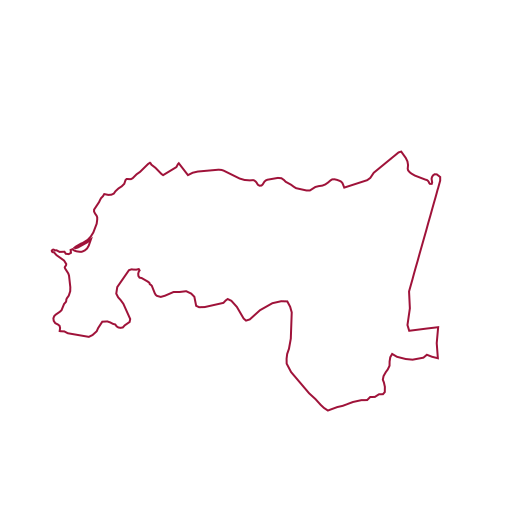 an SVG outline of Oriental, rotated 283°
{"feature_id": "MAR-1454", "entity_name": "Oriental", "entity_type": "Region", "adm_level": 1, "iso_a3": "MAR", "parent_name": "Morocco", "parent_adm1": "", "projection": "robinson", "projection_center": [-2.611, 33.589], "detail": "fine", "context": "isolated", "style": "outline", "palette": "rose", "viewbox_px": 512, "rotation_deg": 283, "n_neighbors": 0, "source": "natural_earth", "source_scale": "10m", "svg_char_len": 3861}
<svg xmlns="http://www.w3.org/2000/svg" viewBox="0 0 512 512"><g transform="rotate(283 256 256)"><path d="M217.1,68.4L215.4,70.1L215.7,73.1L217.5,75.0L220.2,74.0L221.5,75.9L220.7,76.8L220.3,78.5L220.2,80.3L220.5,83.7L220.9,85.2L221.7,86.4L223.0,88.0L225.3,89.7L228.5,90.7L235.0,91.4L231.1,88.2L224.2,80.5L222.9,78.2L223.3,77.3L224.6,78.3L228.9,82.9L229.6,84.1L233.9,88.4L237.7,90.6L242.3,92.2L251.6,93.5L255.7,93.1L257.9,92.6L259.3,91.7L261.2,89.6L262.9,88.2L264.8,87.8L273.3,91.0L275.3,91.4L277.5,92.0L279.8,93.4L282.2,94.2L282.3,98.4L283.2,101.3L284.8,103.4L287.5,104.5L290.9,106.8L293.7,109.5L296.7,111.4L300.7,111.8L301.9,112.6L302.2,113.9L302.4,115.4L302.8,116.9L304.0,118.3L308.8,121.3L311.9,124.1L321.3,130.1L323.0,131.7L322.6,132.5L321.5,133.4L319.3,138.2L314.6,145.5L313.9,147.3L324.7,158.4L328.0,159.3L329.0,159.9L319.5,171.5L322.9,175.6L325.2,180.3L331.7,200.2L331.9,201.7L332.1,203.1L331.9,205.3L327.8,222.6L327.5,227.7L328.3,233.0L329.3,236.2L329.2,237.3L328.5,238.9L327.6,240.1L326.6,241.0L325.7,242.1L325.3,243.7L325.9,245.5L327.2,246.4L330.4,247.5L332.0,248.7L332.9,250.0L337.0,259.7L337.5,263.3L336.3,266.2L335.0,268.2L333.3,274.2L332.1,276.9L331.1,279.7L331.2,290.3L332.0,293.8L336.6,298.3L338.2,301.4L339.5,304.8L341.3,307.4L343.7,309.6L346.3,311.5L347.8,313.0L348.4,315.2L348.4,317.8L348.1,320.1L347.9,321.2L347.6,322.2L347.0,323.1L346.4,323.9L342.5,326.6L354.9,347.3L357.8,349.8L363.6,352.0L389.0,371.6L390.4,374.0L385.2,379.9L382.2,382.3L378.8,383.7L375.1,384.2L373.6,385.0L372.2,386.9L371.3,388.8L370.1,392.7L368.7,402.6L368.5,403.9L368.5,404.8L368.4,405.7L367.8,406.8L367.3,407.4L365.8,408.6L365.4,409.3L365.8,411.0L367.3,411.1L370.7,409.7L372.4,409.7L374.3,410.3L375.8,411.6L376.2,413.8L374.4,417.7L370.9,418.5L364.0,418.2L363.3,418.2L361.1,418.0L357.7,417.9L353.1,417.7L347.6,417.4L341.3,417.1L334.3,416.8L326.9,416.4L319.1,416.1L311.2,415.7L303.2,415.3L295.3,414.9L287.8,414.6L280.7,414.2L274.2,413.9L268.4,413.7L255.9,413.1L239.6,417.7L222.8,419.1L217.6,422.1L223.8,438.9L227.6,449.5L211.7,451.7L197.3,456.2L197.4,450.2L198.2,444.7L194.6,442.0L190.2,431.9L189.3,425.0L189.5,416.0L191.2,410.7L187.6,409.6L183.3,409.9L179.1,410.8L175.1,409.9L172.1,408.6L167.7,407.3L164.0,407.4L161.5,409.1L157.5,411.0L152.4,412.1L149.9,410.8L148.9,406.9L145.4,403.5L144.3,399.0L140.6,396.7L139.3,391.2L135.5,383.2L129.5,374.2L127.1,369.2L121.6,360.8L123.3,356.3L125.5,352.5L129.9,346.2L134.2,338.6L150.8,316.3L158.0,310.1L162.8,308.9L167.6,308.4L173.0,309.0L183.3,308.5L209.1,303.5L214.2,300.7L218.8,296.7L217.6,290.7L213.7,282.6L204.1,272.1L192.8,264.2L190.8,260.8L192.3,258.0L202.1,248.8L206.8,242.1L207.7,238.1L205.9,236.5L203.0,234.8L194.7,217.5L193.3,212.1L194.0,208.9L202.4,205.1L204.8,201.3L206.0,195.9L203.8,189.8L202.4,183.8L196.8,176.2L194.7,172.4L194.8,169.5L194.9,168.3L195.6,167.0L197.0,165.7L203.5,161.2L204.1,160.3L204.4,159.5L204.7,158.8L205.7,158.3L206.1,157.9L206.3,157.0L206.6,156.7L208.8,149.5L208.7,147.4L210.1,145.9L212.3,145.2L214.4,145.3L215.8,145.8L216.9,144.7L215.8,142.5L215.3,140.3L215.0,137.7L213.6,135.4L194.5,127.8L187.9,128.3L184.7,131.0L182.7,133.9L179.6,137.5L166.3,147.6L163.3,147.7L158.9,143.7L156.4,142.3L155.5,140.1L155.4,137.9L156.1,136.0L157.6,134.3L157.7,131.9L158.5,128.8L158.8,125.8L157.4,121.0L150.3,118.4L146.8,117.7L142.2,114.5L139.6,111.3L138.4,90.0L139.4,86.2L138.7,82.3L138.7,81.6L141.8,81.3L143.8,80.3L144.7,78.4L145.4,75.5L147.3,73.5L149.7,72.6L152.0,72.9L153.8,74.0L157.5,77.4L159.4,78.7L166.1,79.8L168.5,81.1L169.6,81.2L170.7,81.0L171.7,81.1L172.7,81.4L174.5,82.2L175.4,82.5L179.9,82.9L183.8,82.1L194.9,78.2L196.8,77.0L200.9,72.8L201.9,72.2L202.6,72.3L203.4,72.7L204.4,73.0L205.5,72.9L208.4,70.0L211.9,61.5L214.2,58.2L214.0,57.1L214.4,56.2L215.3,55.8L216.3,56.4L216.7,57.3L216.3,59.1L216.7,60.4L215.8,63.7L216.9,67.8L217.1,68.3L217.1,68.4Z" fill="none" stroke="#9f1239" stroke-width="2"/></g></svg>